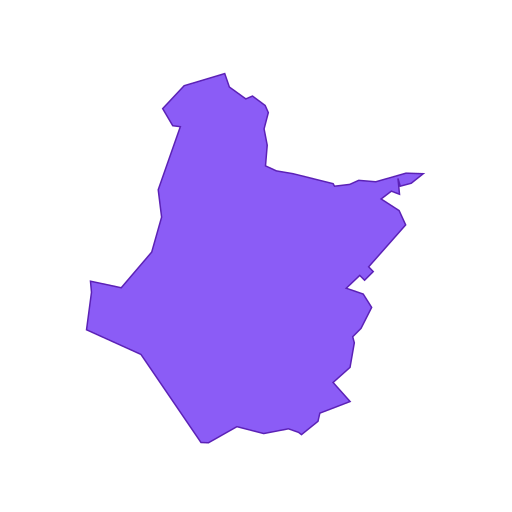 the district of Emanuel, Georgia, United States of America, rotated 165°
{"feature_id": "52423323B36663925787207", "entity_name": "Emanuel", "entity_type": "district", "adm_level": 2, "iso_a3": "USA", "parent_name": "United States of America", "parent_adm1": "Georgia", "projection": "robinson", "projection_center": [-82.386, 32.566], "detail": "fine", "context": "isolated", "style": "filled", "palette": "violet", "viewbox_px": 512, "rotation_deg": 165, "n_neighbors": 0, "source": "geoboundaries", "source_scale": "gbopen_adm2", "svg_char_len": 912}
<svg xmlns="http://www.w3.org/2000/svg" viewBox="0 0 512 512"><g transform="rotate(165 256 256)"><path d="M194.0,124.1L183.5,146.7L183.5,153.0L173.3,158.9L157.6,176.4L162.3,191.5L177.2,201.5L160.8,210.4L157.4,204.5L146.8,210.6L150.0,216.4L137.6,224.6L103.4,247.3L106.0,262.8L120.4,278.7L108.5,283.6L101.4,278.5L98.8,294.2L98.6,286.1L87.2,286.1L73.2,292.2L89.7,297.2L121.1,296.7L137.2,302.5L146.9,300.9L162.1,303.1L162.8,305.9L199.1,326.0L214.4,333.0L223.5,340.6L216.5,360.1L215.3,376.7L207.0,391.3L208.2,399.0L218.0,411.4L225.2,410.4L238.0,426.1L239.0,440.3L281.3,439.1L308.0,422.5L302.7,403.4L295.6,400.5L333.3,345.3L335.8,327.4L337.1,318.0L355.7,286.8L394.4,260.2L422.4,274.5L424.3,263.5L438.8,228.6L392.6,190.7L357.4,90.1L350.3,87.9L318.6,96.1L294.5,82.5L269.4,80.7L260.5,74.6L258.3,71.7L238.9,80.3L235.0,87.7L202.8,91.1L214.3,113.9L194.0,124.1Z" fill="#8b5cf6" stroke="#5b21b6" stroke-width="1.5"/></g></svg>